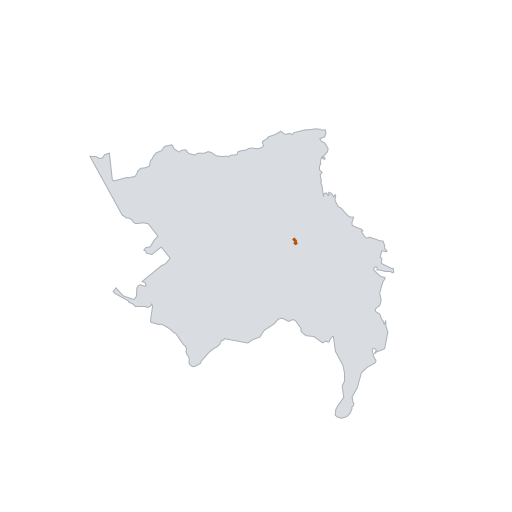 location of Beltrán, Cundinamarca, Colombia, rotated 141°
{"feature_id": "7082276B10333710753159", "entity_name": "Beltrán", "entity_type": "district", "adm_level": 2, "iso_a3": "COL", "parent_name": "Colombia", "parent_adm1": "Cundinamarca", "projection": "albers", "projection_center": [-74.723, 4.715], "detail": "fine", "context": "in_parent", "style": "filled", "palette": "amber", "viewbox_px": 512, "rotation_deg": 141, "n_neighbors": 0, "source": "geoboundaries", "source_scale": "gbopen_adm2", "svg_char_len": 4857}
<svg xmlns="http://www.w3.org/2000/svg" viewBox="0 0 512 512"><g transform="rotate(141 256 256)"><path d="M290.6,86.5L286.0,88.4L276.9,90.8L270.6,101.0L266.3,102.8L261.1,108.9L257.2,116.4L254.3,131.8L246.5,144.8L247.2,145.3L250.3,144.8L253.2,143.3L254.3,143.8L255.3,146.0L258.9,146.6L261.8,157.1L267.2,162.5L267.8,164.6L268.5,168.9L266.6,171.6L266.0,181.3L267.7,183.6L271.8,184.6L274.5,190.6L276.2,192.0L278.7,192.9L284.6,191.9L295.3,192.9L297.8,192.7L303.8,190.6L311.5,193.1L317.1,193.5L332.5,211.6L334.0,211.0L336.0,212.1L339.9,210.2L343.2,209.9L347.6,210.7L353.3,210.7L364.9,208.7L366.7,207.6L373.0,208.6L374.9,209.9L375.9,213.3L375.1,215.4L372.9,217.6L371.7,220.3L371.5,223.6L370.4,226.1L368.4,227.6L367.6,230.0L368.1,233.0L367.1,246.7L368.0,247.8L368.8,253.4L371.5,260.7L372.8,262.8L375.1,264.5L379.3,270.5L378.4,272.5L367.9,282.1L367.4,284.2L369.4,283.4L372.7,284.2L373.8,286.4L381.7,292.9L381.6,295.4L383.9,300.3L383.5,301.5L389.1,315.4L389.3,318.4L384.8,319.3L384.5,309.9L383.9,307.9L378.7,299.6L377.6,299.0L374.2,300.0L368.6,306.2L365.9,307.1L363.8,306.3L361.6,302.6L360.2,302.0L358.9,305.1L360.7,307.8L335.6,308.0L330.7,306.9L324.0,308.4L324.0,322.6L335.9,322.7L339.2,326.7L338.9,330.0L339.4,331.2L336.6,331.9L332.4,329.7L325.1,332.4L319.7,333.1L319.4,348.8L322.7,352.7L329.1,356.8L330.0,359.6L329.6,362.3L331.1,365.7L333.2,367.5L333.2,369.5L334.3,371.7L322.3,437.9L317.8,433.9L316.2,430.3L314.0,428.8L309.8,430.0L305.2,428.2L319.7,405.7L319.2,403.7L307.0,398.3L305.7,396.9L299.9,394.0L296.7,394.9L294.9,396.3L290.5,396.8L286.9,394.4L282.6,392.9L277.5,396.7L276.0,396.7L272.3,398.3L268.4,399.0L263.4,397.3L259.3,398.5L256.4,398.2L255.3,397.1L251.7,395.7L251.3,394.2L252.3,391.4L250.7,386.0L250.1,385.1L247.3,385.0L244.1,383.0L243.5,381.8L244.1,379.6L243.5,377.7L240.4,373.3L236.0,372.2L231.8,368.5L227.6,367.3L225.6,364.7L223.8,358.8L219.4,354.2L216.4,352.6L215.3,350.5L212.2,350.2L207.9,347.2L206.0,347.0L204.7,348.4L200.8,346.9L197.4,344.7L193.9,344.1L191.6,342.8L187.5,338.5L183.1,336.5L180.5,337.2L179.6,340.4L178.1,340.9L173.0,340.1L172.1,340.8L170.8,340.6L164.5,338.3L158.3,337.4L156.8,332.1L152.8,330.2L151.6,327.7L148.8,327.9L138.3,323.0L133.9,319.7L130.2,317.8L126.3,314.0L125.7,312.5L122.7,310.3L124.2,307.5L127.8,305.4L132.5,307.1L133.1,303.8L131.4,300.9L132.3,294.3L133.5,292.9L136.1,291.6L137.7,292.1L138.8,291.0L142.6,291.5L143.8,291.0L146.8,288.4L148.0,286.3L149.4,286.5L152.5,283.0L152.0,279.4L155.0,278.7L158.1,272.9L159.4,272.7L160.1,270.0L165.6,260.4L163.6,261.5L161.5,260.8L161.9,257.6L161.2,257.2L159.4,259.7L157.9,257.1L158.4,253.0L155.9,253.8L156.0,252.8L159.6,249.7L161.1,242.6L159.9,240.1L159.2,229.4L158.6,227.4L155.7,224.7L160.3,221.7L162.0,219.4L159.9,214.7L157.2,210.7L157.1,208.3L158.8,208.6L159.4,202.0L157.9,199.5L156.0,199.4L150.0,189.7L147.9,187.6L149.5,183.0L151.3,180.9L151.0,177.4L152.2,177.5L154.8,180.8L155.8,180.3L159.9,177.2L160.0,174.4L163.3,171.4L158.7,161.5L157.2,159.9L159.1,156.7L160.1,156.9L161.9,160.0L164.8,162.1L169.0,167.6L170.8,168.9L169.5,170.1L169.2,171.4L169.8,172.2L172.2,172.3L173.2,170.8L172.5,164.1L171.5,160.7L169.3,158.3L170.0,157.3L174.4,155.7L183.3,149.2L186.4,143.2L188.8,141.0L191.4,139.6L194.7,140.0L197.2,139.2L198.0,137.3L196.3,133.1L198.2,127.4L198.1,124.5L199.4,122.7L199.0,122.0L195.7,124.1L199.1,120.0L201.4,113.9L214.4,103.0L222.9,105.6L225.6,105.5L222.1,106.8L221.5,108.4L222.8,110.0L224.0,110.5L225.1,109.5L228.0,103.1L228.4,99.6L229.6,98.4L231.4,98.0L239.7,99.5L247.6,98.9L260.3,89.8L270.0,86.0L272.3,82.2L273.0,79.4L274.7,78.3L276.6,78.3L277.6,76.8L282.1,74.4L286.8,74.1L291.8,76.2L294.2,79.9L294.6,82.4L290.6,86.5ZM142.8,290.3L142.2,290.8L141.0,289.9L140.7,288.8L141.4,288.0L142.3,288.3L142.8,290.3Z" fill="#d9dde1" stroke="#a8b0b8" stroke-width="1"/><path d="M216.8,244.9L216.7,244.9L216.6,244.7L216.5,244.4L216.4,244.3L216.3,244.2L216.3,243.9L216.3,243.7L216.2,243.6L216.2,243.4L216.3,243.4L216.3,243.2L216.5,242.9L216.6,242.7L216.6,242.4L216.7,242.2L216.8,242.1L217.0,242.1L217.3,242.2L217.4,241.9L217.5,241.9L217.5,242.0L217.8,242.0L217.9,241.9L217.7,241.8L217.6,241.7L217.8,241.4L217.7,241.3L217.7,241.2L217.8,241.2L217.7,241.1L217.8,241.0L217.8,240.9L217.9,240.7L218.0,240.6L218.0,240.4L217.9,240.4L217.7,240.4L217.6,240.2L217.4,240.3L217.4,240.2L217.2,240.2L216.9,240.2L216.7,240.1L216.4,240.1L216.2,240.1L216.2,240.3L216.3,240.3L216.5,240.4L216.6,240.5L216.6,240.8L216.6,241.0L216.6,241.3L216.4,241.4L216.2,241.5L215.9,241.8L215.9,242.0L215.7,242.2L215.4,242.3L215.2,242.3L215.1,242.5L215.0,242.8L215.2,243.0L215.3,243.1L215.3,243.5L215.2,243.7L215.2,243.8L215.3,243.9L215.4,244.0L215.5,244.0L215.7,244.4L215.5,244.5L215.4,244.5L215.4,244.8L215.2,244.9L215.1,245.0L215.1,245.3L215.3,245.3L215.5,245.5L215.8,245.5L216.0,245.6L216.3,245.6L216.5,245.6L216.6,245.4L216.8,245.3L216.8,245.2L216.8,244.9Z" fill="#f59e0b" stroke="#b45309" stroke-width="1.5"/></g></svg>